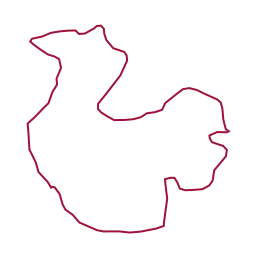 SVG path tracing the border of Vasilevo, rotated 85°
{"feature_id": "MKD-2995", "entity_name": "Vasilevo", "entity_type": "Statistical Region", "adm_level": 1, "iso_a3": "MKD", "parent_name": "North Macedonia", "parent_adm1": "", "projection": "natural_earth1", "projection_center": [22.608, 41.545], "detail": "fine", "context": "isolated", "style": "outline", "palette": "rose", "viewbox_px": 256, "rotation_deg": 85, "n_neighbors": 0, "source": "natural_earth", "source_scale": "10m", "svg_char_len": 1374}
<svg xmlns="http://www.w3.org/2000/svg" viewBox="0 0 256 256"><g transform="rotate(85 128 128)"><path d="M72.6,194.9L62.3,189.5L53.4,190.6L50.4,194.9L47.8,201.3L42.7,207.8L36.7,214.7L33.3,217.9L32.0,216.9L30.7,215.8L29.4,205.6L26.5,196.5L25.8,187.3L25.8,178.8L26.3,171.8L27.3,170.9L30.1,168.6L30.1,162.7L28.0,157.9L25.8,153.0L23.7,150.3L23.7,146.0L27.1,143.4L32.2,143.4L38.6,141.8L47.2,135.8L51.9,125.1L55.7,123.0L60.8,123.0L74.9,131.0L84.3,139.6L92.4,147.1L101.3,155.7L106.4,156.2L109.9,153.6L113.8,148.7L118.9,141.2L119.7,130.5L119.7,121.9L118.4,114.4L115.0,108.0L114.6,99.9L112.8,92.4L106.4,88.7L99.2,77.9L94.1,69.9L93.6,63.4L96.2,55.9L100.5,48.9L107.4,36.6L110.7,33.4L116.7,32.3L127.8,32.3L137.6,30.7L140.0,27.9L140.9,30.0L139.8,39.4L142.5,47.5L145.2,47.5L149.5,45.5L154.2,34.7L158.5,31.4L164.7,32.9L177.5,45.7L188.1,48.4L192.4,52.2L195.4,59.1L195.4,67.7L195.0,76.3L192.9,81.7L187.3,83.3L181.7,86.0L181.3,90.3L182.2,95.6L188.1,95.6L201.8,95.1L225.2,100.4L228.7,100.9L230.6,108.5L232.3,124.1L232.3,135.3L230.2,146.0L228.9,161.6L227.2,167.5L223.8,173.9L217.9,184.7L209.7,190.6L203.8,197.5L198.7,199.7L193.6,200.8L188.0,201.8L180.8,206.1L179.8,209.4L180.5,209.9L174.9,212.6L163.9,221.1L154.9,222.7L148.9,224.9L140.9,228.1L124.2,227.6L114.8,227.6L109.2,220.1L100.3,209.9L96.4,205.1L85.7,200.2L78.5,194.9L72.6,194.9Z" fill="none" stroke="#9f1239" stroke-width="2"/></g></svg>